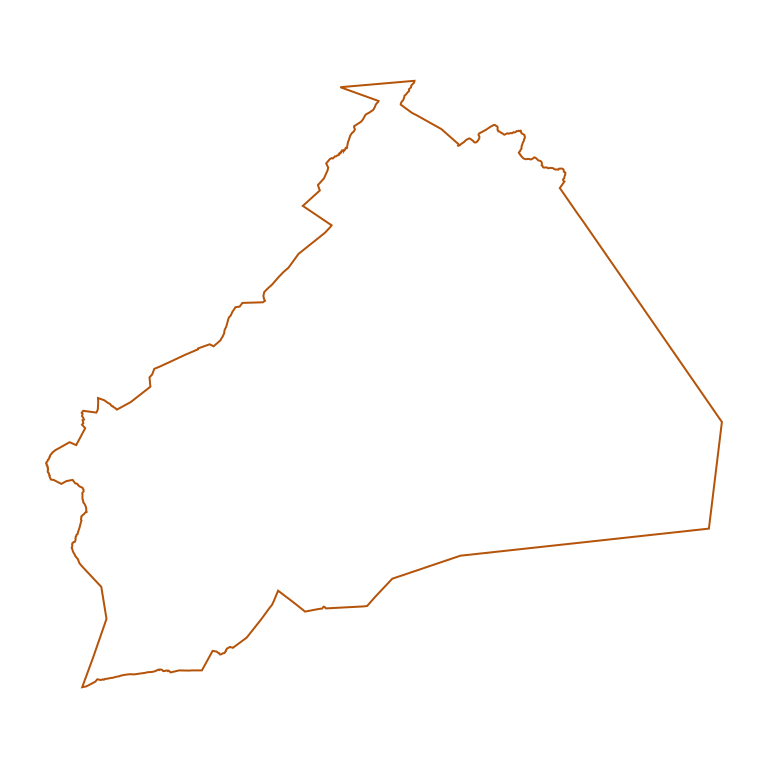 Grong nor, Nord-Trøndelag, Norway (orthographic projection)
{"feature_id": "86288312B93862258107530", "entity_name": "Grong nor", "entity_type": "district", "adm_level": 2, "iso_a3": "NOR", "parent_name": "Norway", "parent_adm1": "Nord-Trøndelag", "projection": "orthographic", "projection_center": [12.349, 64.529], "detail": "fine", "context": "isolated", "style": "outline", "palette": "amber", "viewbox_px": 768, "rotation_deg": 0, "n_neighbors": 0, "source": "geoboundaries", "source_scale": "gbopen_adm2", "svg_char_len": 5931}
<svg xmlns="http://www.w3.org/2000/svg" viewBox="0 0 768 768"><path d="M721.9,422.0L583.1,221.4L577.5,213.6L560.0,188.3L559.8,188.1L564.4,181.5L563.9,181.3L563.4,180.6L563.1,180.0L563.1,179.3L564.2,178.3L564.5,176.3L565.3,174.7L565.1,174.0L565.4,173.0L565.3,172.6L565.0,172.2L563.8,171.7L563.7,170.0L563.3,169.3L562.0,168.6L561.2,168.5L560.2,168.7L559.2,168.6L558.1,169.7L557.2,169.4L555.7,169.6L554.1,169.0L553.4,168.3L552.0,168.0L550.3,167.9L548.8,168.2L547.7,168.1L546.7,167.4L543.8,167.6L542.8,166.9L542.5,165.8L541.7,165.4L541.6,165.2L541.9,164.4L541.8,162.7L541.3,161.6L540.2,160.9L538.1,160.3L536.8,158.8L535.2,157.6L534.2,157.4L532.8,158.6L530.8,159.5L529.0,158.9L525.7,159.2L524.0,158.7L522.6,157.7L521.7,156.5L520.8,155.7L520.4,154.7L519.7,154.3L519.6,153.7L518.8,152.7L519.1,152.1L519.9,151.4L520.6,149.8L521.5,148.7L521.6,148.1L521.5,147.3L521.5,146.7L523.0,142.3L523.8,140.9L524.1,139.1L524.8,138.0L524.9,136.9L524.6,136.2L524.5,135.0L522.1,133.6L521.3,132.8L521.0,132.1L520.9,130.9L520.7,130.7L519.8,131.1L518.9,130.7L518.0,131.1L516.6,131.1L515.6,132.1L514.3,132.5L513.6,132.2L511.9,133.3L510.6,133.0L508.6,133.7L507.3,133.3L504.5,134.7L503.9,134.5L502.4,133.3L501.4,133.0L499.6,131.6L498.3,131.3L498.0,130.4L497.7,130.2L497.5,129.3L497.7,127.7L497.3,126.5L496.1,125.9L495.3,125.2L494.0,124.9L490.2,126.9L486.3,129.6L479.1,133.5L478.7,134.2L478.5,134.9L479.3,136.4L479.4,138.0L478.3,140.0L477.4,141.3L476.2,142.3L475.4,142.5L474.2,142.3L473.1,140.9L470.1,138.7L469.2,138.4L468.6,138.6L466.2,139.9L463.7,142.3L462.2,143.2L459.4,145.4L458.3,145.8L458.0,145.6L458.5,144.7L458.4,144.1L441.4,129.1L416.2,115.0L412.0,112.9L400.7,104.6L400.7,104.3L400.9,103.5L401.5,102.0L403.3,99.9L404.4,96.7L404.4,96.1L404.5,95.7L404.9,95.3L405.7,94.8L407.5,92.5L409.0,91.1L409.2,90.5L408.9,89.6L409.0,89.2L411.0,87.4L411.2,86.6L411.2,85.9L411.4,85.3L414.0,82.7L414.5,81.2L414.5,80.8L340.3,87.2L378.6,101.0L378.2,101.8L376.2,104.0L375.5,105.2L375.0,106.7L373.9,108.9L373.2,109.9L369.3,112.6L366.2,114.2L365.1,115.4L363.0,119.4L361.1,121.7L354.1,126.2L354.0,127.0L354.8,128.8L354.9,129.4L353.7,131.6L351.9,133.1L350.1,135.8L349.6,137.8L349.1,138.8L349.1,139.4L348.9,140.0L348.1,141.6L347.0,147.2L347.1,147.6L346.8,148.1L346.4,148.2L345.7,148.0L345.4,149.2L345.0,149.7L344.5,149.7L344.1,150.4L344.1,150.0L343.7,150.1L343.8,150.3L343.4,150.5L342.9,150.4L342.5,150.8L341.9,150.6L341.7,151.1L342.1,151.2L341.3,151.5L341.0,151.9L341.1,152.3L340.5,152.3L340.1,152.7L340.2,152.8L339.6,153.2L340.1,153.4L339.5,153.9L338.7,155.1L337.3,155.4L335.9,156.4L334.8,156.4L334.5,156.9L332.8,158.5L331.7,158.1L330.0,158.9L326.2,163.4L328.2,167.5L327.6,170.3L323.9,178.5L317.9,185.1L319.8,190.5L302.8,205.9L331.6,225.3L330.0,227.4L325.0,232.7L298.5,253.9L288.5,267.7L283.4,272.1L278.5,277.2L271.9,284.8L268.0,288.2L264.2,292.1L263.4,295.9L264.0,298.9L265.0,300.8L262.8,302.3L242.4,302.9L239.7,306.6L235.5,307.2L232.2,312.2L230.8,315.4L228.7,317.8L226.1,327.1L224.8,329.5L224.3,331.3L224.3,332.9L222.7,336.5L221.2,338.7L220.7,340.1L213.6,346.3L209.7,344.3L198.1,348.4L198.0,349.3L185.6,354.6L159.1,366.9L154.3,368.8L152.2,374.4L149.5,377.4L150.4,386.7L130.7,402.1L116.9,409.6L116.1,408.8L114.8,407.8L113.3,407.0L112.8,406.2L111.7,406.0L109.9,403.8L108.1,403.0L104.2,400.2L98.0,398.1L98.2,402.1L98.1,404.2L97.9,407.9L98.0,408.3L97.4,410.6L96.3,412.6L83.2,410.8L81.7,412.8L82.6,413.9L82.0,416.0L83.3,417.9L84.0,419.6L82.6,420.1L83.3,423.1L82.0,424.7L85.2,428.2L76.2,445.1L69.6,442.2L55.3,450.2L52.2,452.7L51.9,453.3L50.1,455.4L50.0,456.6L49.4,457.1L49.2,458.2L48.7,459.3L48.0,459.6L47.4,461.5L46.9,461.7L46.4,462.4L46.1,463.4L46.8,464.2L46.6,465.0L46.9,465.2L46.9,465.5L47.2,465.9L47.5,466.0L47.5,467.3L47.9,467.5L48.0,468.0L47.8,469.3L48.1,469.5L48.1,469.8L47.7,471.1L47.9,472.2L48.7,472.9L48.8,473.3L48.7,473.6L49.1,474.1L49.3,475.0L49.6,475.3L49.3,475.5L49.3,475.9L50.8,479.5L53.8,480.0L61.3,483.9L66.4,481.1L72.6,479.9L75.2,483.3L75.6,483.5L76.4,483.5L77.4,484.0L78.0,484.6L78.1,485.1L78.3,485.4L79.9,486.6L81.4,487.2L82.6,487.9L83.2,489.3L83.5,489.6L83.6,490.2L83.5,491.6L82.9,492.2L82.3,493.2L82.5,495.4L82.4,497.3L82.5,498.9L82.9,500.0L83.3,501.7L83.3,502.5L84.0,503.2L84.8,504.4L85.9,506.9L86.0,507.6L86.3,509.0L86.2,511.0L86.6,511.6L86.6,512.0L85.8,512.2L85.1,512.7L83.9,514.2L83.0,514.8L81.3,516.5L81.2,517.1L81.4,517.6L81.0,519.4L81.1,519.8L81.5,520.5L81.4,520.7L81.0,521.9L79.4,528.1L77.6,533.4L77.5,533.8L77.6,534.0L76.4,535.0L76.4,535.4L76.3,535.6L76.3,536.0L75.6,537.0L75.7,537.7L75.4,538.6L75.6,539.0L75.5,540.1L75.0,541.6L74.6,541.9L73.9,542.0L73.1,542.7L72.8,542.7L72.4,543.2L72.1,544.3L72.3,545.1L72.2,545.7L72.2,546.3L71.9,547.3L71.7,547.9L72.1,548.5L72.6,550.4L73.3,552.2L74.9,554.9L75.3,556.1L76.1,556.9L76.5,557.6L77.9,559.1L79.3,563.0L81.9,566.2L101.3,586.9L106.5,618.9L93.4,656.7L82.2,687.2L86.3,686.4L95.3,681.7L97.3,679.3L101.0,680.0L103.0,679.3L103.5,679.7L104.4,679.5L105.0,678.9L106.2,678.9L111.8,677.8L112.5,677.9L115.6,676.9L119.1,676.3L120.6,675.7L124.2,674.9L129.9,674.2L134.0,674.4L145.4,672.8L147.6,672.2L151.8,672.0L154.4,671.4L155.7,671.0L156.7,670.3L157.2,670.3L157.7,669.9L159.3,669.5L159.5,669.6L159.3,669.8L159.4,670.0L160.3,669.5L161.6,669.7L162.2,670.0L162.7,670.7L163.4,671.1L164.8,671.0L166.3,670.5L166.9,670.4L167.7,671.1L168.6,670.7L168.7,670.9L169.1,671.0L169.8,671.7L170.1,671.8L170.7,672.4L179.2,670.4L189.1,670.6L191.7,670.4L201.9,670.4L212.6,650.9L216.4,651.5L218.2,652.8L219.2,653.2L219.2,653.6L220.1,654.5L221.3,654.2L222.8,653.3L223.9,653.2L224.6,652.8L225.1,652.2L225.3,651.6L225.9,651.2L225.9,650.3L226.1,649.9L226.5,649.7L226.7,649.0L227.1,648.5L230.1,646.9L231.0,647.4L232.3,647.4L232.9,647.8L246.7,637.6L261.2,619.3L269.7,607.7L272.0,604.9L273.7,601.3L278.1,590.7L294.8,603.4L305.1,611.6L317.5,609.2L322.3,608.5L323.6,606.7L324.6,607.0L326.0,608.4L363.8,606.4L367.1,606.0L375.5,596.5L392.3,578.7L460.4,555.7L594.5,541.1L708.9,528.6L721.9,422.0Z" fill="none" stroke="#b45309" stroke-width="2"/></svg>